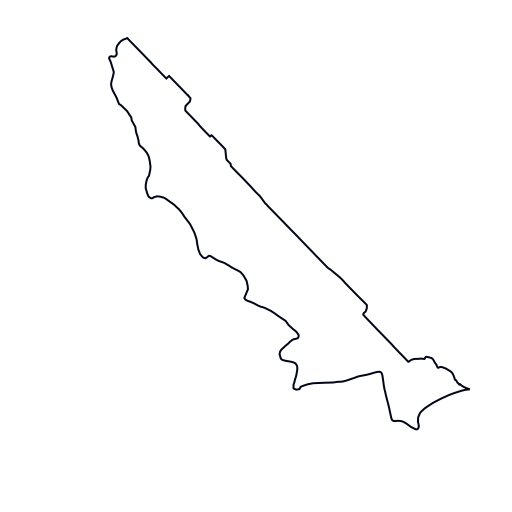 Frecatei, Braila, Romania, rotated 134°
{"feature_id": "2599482B580014738144", "entity_name": "Frecatei", "entity_type": "district", "adm_level": 2, "iso_a3": "ROU", "parent_name": "Romania", "parent_adm1": "Braila", "projection": "orthographic", "projection_center": [28.064, 45.013], "detail": "fine", "context": "isolated", "style": "outline", "palette": "ink", "viewbox_px": 512, "rotation_deg": 134, "n_neighbors": 0, "source": "geoboundaries", "source_scale": "gbopen_adm2", "svg_char_len": 5910}
<svg xmlns="http://www.w3.org/2000/svg" viewBox="0 0 512 512"><g transform="rotate(134 256 256)"><path d="M237.2,26.2L230.1,23.8L222.2,20.7L216.9,18.2L209.9,14.4L206.5,12.2L203.4,9.6L204.8,12.7L205.1,13.4L205.9,15.8L206.1,16.7L206.3,17.6L206.4,18.2L206.5,20.3L207.3,20.5L207.1,21.8L207.1,22.3L207.1,22.8L207.1,23.0L207.1,23.3L207.0,23.8L206.6,24.9L206.5,25.4L206.5,25.9L206.7,26.4L206.7,26.7L206.7,27.1L206.4,27.6L205.5,29.3L204.9,30.5L204.5,31.4L204.2,32.3L203.9,33.5L203.8,34.0L203.8,35.2L203.9,36.0L204.5,38.9L205.0,40.9L205.1,41.4L206.2,43.9L206.5,44.6L206.9,45.2L207.2,45.7L207.4,46.0L207.8,46.3L208.3,46.6L208.7,46.8L209.7,47.2L209.9,47.4L210.0,47.5L210.0,48.0L209.9,48.2L209.2,50.1L208.9,50.8L208.5,52.6L208.4,53.6L208.3,53.9L207.8,55.2L207.7,55.5L207.5,56.3L207.4,57.0L207.4,58.0L207.4,58.5L207.5,58.9L207.7,59.3L208.3,60.3L208.6,61.0L209.8,62.9L210.1,63.3L210.3,63.5L210.5,63.7L210.8,63.7L211.3,63.7L211.9,63.6L212.7,63.3L212.9,63.3L213.0,63.3L213.2,63.5L214.1,64.6L214.7,65.4L215.5,66.3L217.9,68.4L219.2,69.8L220.4,70.8L220.9,71.1L221.7,71.6L223.1,72.2L223.8,72.4L225.6,72.6L226.0,72.7L226.1,72.8L226.3,73.0L226.3,73.3L226.1,78.0L225.8,87.6L225.5,95.1L225.5,95.4L225.3,96.3L225.3,96.5L225.0,106.1L224.9,108.8L224.7,115.0L224.7,116.4L224.1,131.6L223.8,137.4L223.7,137.9L223.7,138.1L223.5,138.3L223.4,138.4L222.9,138.6L222.5,138.7L222.0,138.8L220.4,138.6L220.0,138.6L219.6,138.7L218.8,139.0L217.8,139.4L217.3,139.6L216.3,140.3L215.5,141.0L214.8,141.6L214.4,142.0L214.3,142.3L214.2,144.0L214.1,145.6L214.1,148.9L214.1,150.6L214.0,155.5L213.7,166.7L213.5,173.3L213.3,174.9L213.2,175.8L213.1,180.4L213.2,182.1L213.5,185.9L214.0,192.7L214.1,193.4L214.2,194.0L214.4,194.8L214.6,195.6L214.6,195.8L214.6,196.2L214.4,203.9L214.2,208.9L214.1,213.3L213.9,217.1L213.3,235.5L213.1,240.1L212.8,251.4L212.1,272.7L211.9,280.5L211.8,282.5L211.6,284.6L211.6,285.1L211.7,285.9L211.6,286.8L211.5,287.4L210.5,292.9L210.3,294.3L210.2,295.1L210.2,298.1L210.2,300.5L209.6,310.0L209.5,313.1L209.2,319.7L209.1,324.3L209.1,325.4L209.1,326.1L208.8,335.3L208.8,336.3L208.7,336.4L208.6,336.7L207.6,337.9L207.5,338.1L207.4,338.3L207.3,338.5L207.2,343.4L207.1,343.8L207.0,344.2L206.6,344.9L206.0,345.8L202.6,349.8L200.9,351.8L200.6,352.2L200.5,352.4L200.5,352.6L200.6,353.1L200.4,355.6L200.2,362.3L200.2,362.8L200.2,363.6L200.0,369.9L200.0,371.7L200.0,371.8L200.3,372.0L201.7,372.0L201.9,372.0L202.0,372.1L202.0,372.3L201.8,380.0L201.5,386.7L201.2,388.7L201.1,390.2L201.0,392.2L200.8,397.8L200.5,407.6L200.4,407.9L200.2,408.2L199.6,408.9L198.4,409.9L197.4,410.6L197.2,410.8L196.8,410.9L196.6,410.8L196.3,410.9L190.9,410.9L190.7,411.0L190.4,411.1L188.2,412.5L188.0,412.9L187.9,414.5L187.6,416.5L187.8,416.5L187.5,424.3L187.2,432.7L187.1,437.6L187.0,438.8L186.9,443.6L190.6,443.8L190.4,450.8L190.2,456.1L190.1,462.8L189.8,466.3L189.8,467.0L189.7,467.0L189.7,469.6L189.6,472.3L189.4,477.8L189.0,491.2L188.9,495.2L188.7,500.0L189.7,500.4L191.7,501.4L193.7,502.1L195.4,502.4L196.2,502.4L197.2,502.4L201.3,501.9L202.8,501.1L204.8,499.8L206.2,498.0L206.9,497.0L207.6,496.4L208.0,496.2L209.4,495.9L210.7,496.2L211.6,497.0L212.7,498.7L213.5,499.4L214.5,499.6L215.2,499.4L215.9,498.9L217.3,495.4L222.3,486.3L223.2,485.5L224.2,484.9L225.7,484.0L227.6,482.9L229.1,482.1L230.3,481.5L231.5,480.7L232.4,480.1L232.8,479.8L233.4,479.2L234.0,478.5L235.2,476.6L235.5,476.1L235.9,475.2L236.5,473.9L239.0,466.2L241.8,460.2L241.3,457.6L241.3,456.9L241.3,453.3L241.3,449.5L241.7,447.7L242.3,445.4L242.9,442.1L244.5,440.0L245.0,438.9L247.0,432.4L249.0,429.9L250.4,428.0L252.2,424.5L254.3,421.1L256.3,418.6L257.3,416.3L257.0,412.1L257.3,408.1L257.7,405.8L259.0,402.2L260.3,400.2L261.5,398.4L264.9,394.1L267.4,392.0L272.6,388.7L274.9,388.4L277.2,387.4L279.2,386.2L281.3,384.8L282.1,384.1L283.8,382.5L284.2,381.8L285.1,380.2L286.6,377.6L287.5,375.5L287.8,374.7L287.8,373.4L287.5,371.8L286.5,370.7L284.6,370.3L283.4,369.5L281.9,368.8L280.2,366.6L279.5,365.5L279.0,364.5L278.1,363.0L277.6,361.1L277.3,359.6L277.2,358.4L276.7,355.1L276.3,353.0L276.0,350.5L276.0,346.9L275.9,343.9L276.2,341.2L276.7,338.0L277.4,335.3L278.7,326.6L279.1,324.9L281.6,317.6L282.6,315.3L284.9,311.0L286.1,309.2L287.2,307.9L288.5,306.2L290.4,303.4L291.2,302.3L292.8,299.0L293.4,297.5L293.5,297.2L293.8,294.7L293.8,292.7L292.9,291.0L292.2,290.7L290.9,290.3L288.7,290.1L287.7,288.9L286.3,282.1L285.5,279.5L283.0,274.1L281.7,268.7L281.4,267.2L281.1,265.6L280.0,261.8L279.0,258.7L278.3,255.8L278.7,251.5L280.4,245.6L283.2,241.3L285.5,238.7L294.2,235.3L294.7,233.5L294.5,232.1L293.3,229.0L293.0,228.8L291.3,224.0L290.3,220.3L289.2,217.4L287.9,215.1L286.9,212.7L285.1,206.9L284.3,202.7L283.7,198.3L282.1,189.6L283.0,184.7L282.9,178.8L282.6,176.4L282.5,173.9L282.8,172.5L283.4,170.1L284.9,169.1L286.3,168.9L288.2,170.0L289.7,171.1L290.2,171.2L291.1,171.6L294.5,172.0L296.8,172.0L299.9,172.4L305.5,172.7L308.0,172.3L310.3,170.8L311.2,169.1L312.5,167.1L312.6,165.8L312.3,164.6L310.9,162.0L309.1,159.4L307.5,157.0L306.4,154.9L306.0,153.5L305.9,152.7L306.1,151.4L306.6,150.1L307.3,149.1L309.0,147.4L311.1,146.0L313.3,144.5L315.1,143.4L318.0,142.0L320.3,140.6L322.4,139.7L323.9,138.3L325.1,137.1L325.1,136.5L324.1,134.1L322.6,133.0L321.4,132.3L320.4,132.6L319.2,133.0L317.4,132.3L314.0,130.6L312.3,129.6L310.5,128.4L308.8,127.2L307.7,126.4L299.4,118.5L293.5,112.7L289.7,109.8L286.6,106.8L283.3,104.7L274.8,100.3L271.8,98.9L269.8,97.6L264.9,94.1L263.6,93.3L261.6,92.0L258.8,90.5L256.3,89.0L254.5,87.7L253.9,87.2L253.4,86.7L253.0,85.8L252.9,84.9L253.2,83.7L254.4,81.7L257.6,77.6L260.6,73.8L262.8,70.7L264.0,68.7L266.4,65.1L268.9,61.0L270.6,58.2L273.0,54.4L274.8,51.8L279.0,45.4L279.5,43.9L279.2,42.8L278.3,41.4L275.9,39.4L274.3,37.4L273.4,35.9L273.0,35.1L272.1,31.6L271.3,25.8L269.7,20.7L269.0,19.9L267.9,19.5L266.7,19.8L265.4,20.6L264.1,22.2L262.7,24.4L259.5,27.2L257.5,28.0L255.2,28.9L253.6,29.1L248.4,28.8L245.5,28.2L238.8,26.7L237.2,26.2Z" fill="none" stroke="#020617" stroke-width="2"/></g></svg>